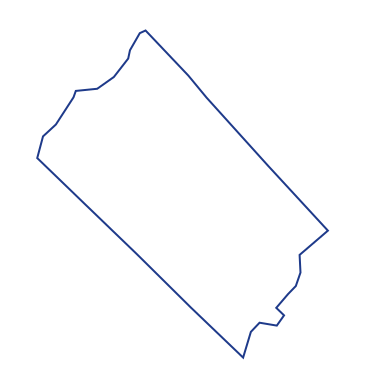 Chester, South Carolina, United States of America, rotated 224°
{"feature_id": "52423323B83893074042223", "entity_name": "Chester", "entity_type": "district", "adm_level": 2, "iso_a3": "USA", "parent_name": "United States of America", "parent_adm1": "South Carolina", "projection": "orthographic", "projection_center": [-81.171, 34.683], "detail": "fine", "context": "isolated", "style": "outline", "palette": "blue", "viewbox_px": 384, "rotation_deg": 224, "n_neighbors": 0, "source": "geoboundaries", "source_scale": "gbopen_adm2", "svg_char_len": 502}
<svg xmlns="http://www.w3.org/2000/svg" viewBox="0 0 384 384"><g transform="rotate(224 192 192)"><path d="M67.4,258.6L155.4,263.7L247.1,270.0L275.5,273.2L337.6,275.9L339.9,270.0L335.1,250.9L330.6,243.7L328.1,220.5L331.9,200.4L345.8,184.0L343.0,177.8L336.8,146.0L337.8,128.5L326.9,108.9L260.3,108.9L188.5,109.0L112.8,108.1L40.2,108.4L52.5,132.3L52.6,144.9L38.2,154.8L40.1,167.2L50.9,167.2L52.0,185.3L52.0,196.5L58.0,209.4L70.9,221.5L67.4,258.6Z" fill="none" stroke="#1e3a8a" stroke-width="2"/></g></svg>